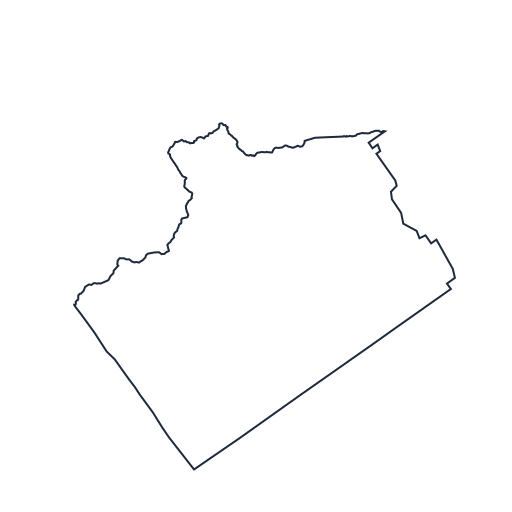 Josephine, Oregon, United States of America, rotated 55°
{"feature_id": "52423323B30410916636748", "entity_name": "Josephine", "entity_type": "district", "adm_level": 2, "iso_a3": "USA", "parent_name": "United States of America", "parent_adm1": "Oregon", "projection": "equal_earth", "projection_center": [-123.844, 42.39], "detail": "fine", "context": "isolated", "style": "outline", "palette": "slate", "viewbox_px": 512, "rotation_deg": 55, "n_neighbors": 0, "source": "geoboundaries", "source_scale": "gbopen_adm2", "svg_char_len": 5042}
<svg xmlns="http://www.w3.org/2000/svg" viewBox="0 0 512 512"><g transform="rotate(55 256 256)"><path d="M191.7,432.9L191.9,433.0L194.5,433.1L203.0,432.7L224.1,432.3L226.4,432.3L248.6,433.1L259.7,431.0L284.6,430.8L294.0,430.4L296.5,430.5L302.0,430.7L303.0,430.7L325.1,430.2L343.4,431.2L355.2,431.3L395.3,429.2L395.8,373.1L395.4,317.6L395.3,300.0L395.3,297.6L395.2,208.1L395.0,182.9L394.8,115.3L388.1,115.4L388.0,105.6L379.5,102.2L346.1,98.8L346.1,105.3L336.3,105.3L335.2,111.9L327.6,110.0L314.0,116.8L304.0,112.4L287.5,112.1L280.8,108.6L279.2,100.5L274.1,98.6L241.3,98.7L241.3,94.1L234.5,92.4L234.6,98.8L227.8,98.7L227.8,78.9L227.7,79.0L226.9,79.6L226.5,80.5L226.6,81.9L225.9,82.6L224.8,83.3L223.8,83.6L223.3,84.4L222.8,85.2L222.1,86.0L221.7,87.1L221.4,88.5L221.0,89.7L220.5,90.9L220.6,92.6L219.8,93.8L219.2,94.8L218.3,95.8L217.8,96.5L217.2,97.4L216.5,97.8L216.1,98.8L215.8,99.6L215.3,100.6L215.2,101.3L214.9,101.9L214.7,102.4L214.4,102.9L214.3,103.7L214.4,104.3L214.6,104.7L214.6,105.5L214.1,106.5L213.9,107.3L213.5,107.8L213.2,108.6L212.9,108.7L212.6,109.2L211.9,109.8L211.4,110.4L211.1,111.6L210.6,112.4L210.1,112.7L209.7,113.1L209.9,113.4L209.8,114.0L209.1,114.5L208.2,115.2L208.2,115.8L208.0,116.3L198.2,131.6L193.0,139.8L189.6,150.1L190.4,150.7L191.3,151.7L192.1,153.3L192.6,154.8L192.6,155.6L192.1,156.3L191.8,157.2L191.1,157.7L190.2,158.1L189.5,158.8L189.5,159.3L189.3,160.8L188.9,162.0L188.8,163.1L188.3,164.0L187.4,164.6L186.8,165.1L186.0,165.7L185.0,166.8L184.1,167.0L183.5,167.4L182.8,167.9L182.2,168.7L182.1,169.8L182.2,170.3L182.2,170.9L182.0,171.8L182.0,172.7L181.2,173.9L180.9,174.7L180.2,175.8L179.3,176.7L178.6,177.9L178.4,178.6L178.5,179.6L178.9,180.6L179.1,181.2L179.9,182.4L180.4,183.4L179.8,184.5L178.9,185.1L178.6,185.8L177.9,186.6L177.5,187.0L176.7,187.6L176.6,188.6L176.3,189.0L175.5,189.9L174.5,191.2L174.1,191.8L173.5,192.7L173.2,193.9L172.7,194.7L172.3,195.2L172.2,196.5L172.4,197.3L172.7,197.9L173.0,198.7L172.9,199.3L173.2,199.7L173.1,200.3L172.4,200.4L172.0,200.6L171.7,201.0L171.8,201.3L171.4,202.0L170.3,202.3L169.9,202.9L169.9,203.4L169.7,204.0L169.4,204.6L168.7,204.9L168.3,205.7L167.5,206.1L166.7,206.4L165.7,206.5L164.4,206.7L163.1,206.6L161.9,207.4L160.8,207.5L160.0,208.0L158.9,208.0L158.2,208.5L156.7,208.4L155.8,208.6L154.9,208.2L154.8,207.9L154.3,207.9L153.4,207.8L152.9,206.9L152.5,206.2L151.9,205.8L151.0,205.6L149.6,205.5L148.7,205.8L147.6,206.0L146.1,206.6L145.4,206.7L144.4,206.8L143.7,206.8L142.9,207.3L141.5,207.4L140.1,208.2L139.2,207.7L138.6,207.5L137.8,207.3L136.2,207.2L135.1,206.7L135.0,206.0L134.8,205.6L134.3,205.3L133.9,205.4L133.3,205.9L132.8,206.2L132.6,206.1L131.2,205.9L130.7,206.6L130.5,207.1L130.1,207.5L129.1,207.5L128.0,207.8L127.3,208.4L126.8,209.9L127.2,210.9L128.0,211.1L128.9,211.9L129.9,213.3L130.0,216.0L129.6,219.1L130.2,220.9L129.7,222.7L129.1,223.0L128.6,224.1L129.6,225.7L130.1,226.4L129.7,227.4L129.4,227.8L129.1,229.0L129.6,230.0L129.8,231.2L128.5,231.8L126.8,233.1L125.9,235.1L125.8,237.0L127.0,238.4L126.7,239.6L126.4,240.9L126.8,241.2L127.3,241.4L127.6,242.2L127.2,242.9L126.4,244.1L126.0,245.3L124.9,245.5L124.5,246.1L123.7,246.4L123.1,247.3L122.2,247.6L121.5,247.7L121.2,248.3L120.9,249.3L119.9,249.6L119.1,249.8L118.3,250.1L118.1,251.1L118.1,252.4L117.9,253.1L117.7,253.8L117.6,254.4L117.5,255.1L116.7,256.2L116.3,256.4L116.2,257.2L116.9,257.9L117.2,258.5L117.7,259.8L118.2,260.7L118.4,262.0L118.0,263.7L118.4,264.8L118.8,265.4L119.2,266.1L119.9,267.0L120.3,267.9L120.8,268.6L121.8,269.0L122.2,268.7L123.5,268.2L124.4,268.8L125.6,269.3L127.2,269.5L129.5,269.5L130.7,269.6L132.2,269.6L134.5,269.5L136.0,269.7L137.6,269.6L139.0,269.8L140.8,270.2L142.2,270.0L144.3,270.3L146.5,270.3L148.1,270.4L149.6,269.8L150.4,269.2L151.3,268.6L152.1,268.3L152.7,268.9L153.0,270.7L154.1,271.7L155.4,272.4L156.9,273.9L158.0,275.0L158.7,275.0L159.5,274.9L160.8,274.5L163.2,274.1L163.9,273.8L164.6,273.8L165.0,273.7L165.8,273.2L167.1,272.3L168.3,272.4L169.7,273.7L170.3,274.5L171.1,275.3L171.7,275.3L172.3,277.5L172.2,279.7L173.0,280.9L173.3,282.3L174.2,283.5L174.6,284.6L176.9,286.0L179.9,287.1L183.5,287.9L184.9,289.9L183.5,293.5L182.9,295.0L183.5,296.5L184.6,297.1L186.3,298.5L186.1,300.7L186.9,301.9L188.0,303.1L188.7,304.6L190.1,306.0L190.4,309.2L191.1,310.6L192.3,311.9L193.8,312.5L194.5,316.2L195.4,318.0L195.5,320.1L196.0,322.2L198.4,323.1L199.9,323.7L201.1,324.0L201.9,324.4L201.9,325.1L201.4,326.7L201.6,328.5L201.7,329.9L200.3,332.3L197.3,333.3L194.7,337.4L192.1,343.2L192.3,345.6L193.7,347.4L194.5,351.4L194.2,353.7L194.3,355.6L192.4,357.3L191.4,359.4L190.5,359.9L189.6,360.8L187.9,361.2L186.0,361.8L184.3,364.3L182.4,365.2L179.6,369.0L180.4,371.9L183.4,374.5L185.0,374.4L185.5,377.2L186.4,380.9L188.3,382.7L189.0,386.7L191.1,390.5L190.7,393.1L189.7,397.9L189.3,399.4L188.1,400.5L187.5,402.1L186.3,403.0L185.2,404.6L185.3,407.3L183.5,409.2L183.3,413.7L185.7,417.2L186.4,421.2L185.8,422.2L186.5,424.4L188.5,425.7L189.4,426.4L189.9,427.4L189.6,428.2L190.2,430.1L191.8,430.9L192.4,432.0L191.9,432.7L191.7,432.9Z" fill="none" stroke="#1e293b" stroke-width="2"/></g></svg>